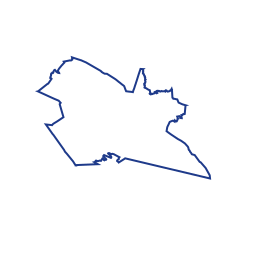 the district of San Luis Amatlán, Oaxaca, Mexico, rotated 120°
{"feature_id": "50627088B42859647725338", "entity_name": "San Luis Amatlán", "entity_type": "district", "adm_level": 2, "iso_a3": "MEX", "parent_name": "Mexico", "parent_adm1": "Oaxaca", "projection": "equal_earth", "projection_center": [-96.504, 16.471], "detail": "fine", "context": "isolated", "style": "outline", "palette": "blue", "viewbox_px": 256, "rotation_deg": 120, "n_neighbors": 0, "source": "geoboundaries", "source_scale": "gbopen_adm2", "svg_char_len": 5460}
<svg xmlns="http://www.w3.org/2000/svg" viewBox="0 0 256 256"><g transform="rotate(120 128 128)"><path d="M81.2,121.3L81.7,121.8L82.0,121.8L82.5,121.6L82.9,120.5L83.1,120.2L83.6,120.6L83.4,121.1L83.2,121.6L83.0,121.9L83.3,122.7L83.6,122.9L84.2,122.5L84.4,122.3L84.6,122.3L85.0,122.7L85.2,122.9L85.6,123.4L86.1,123.6L86.4,123.8L86.5,124.1L86.5,124.4L86.7,124.7L87.1,124.8L87.5,125.0L87.6,126.0L87.5,126.3L87.4,126.4L86.9,126.2L86.5,126.2L86.1,126.4L85.9,126.8L84.8,127.7L84.4,128.0L84.6,129.4L84.6,130.5L84.6,131.1L84.5,131.5L84.5,132.2L84.5,132.5L84.7,132.9L84.7,133.9L84.1,134.0L83.7,134.1L83.1,134.5L83.1,134.8L82.7,135.3L82.4,135.6L82.1,135.6L82.0,135.4L81.6,135.9L81.5,136.1L81.4,136.1L80.8,135.8L80.7,135.7L80.4,135.7L80.2,135.9L80.0,136.0L79.8,136.0L79.7,135.9L79.4,135.9L79.1,136.1L78.9,136.4L78.7,136.4L78.6,136.5L78.3,136.9L78.2,137.1L77.9,137.2L77.6,137.2L77.3,137.1L77.2,137.6L76.8,137.8L76.5,137.9L76.3,138.0L76.2,138.2L75.9,138.2L75.8,138.4L75.6,138.6L75.2,138.8L74.9,139.1L75.1,139.4L74.6,139.8L74.3,140.2L74.2,140.6L73.8,140.8L73.2,141.7L73.4,142.0L73.4,142.3L73.2,142.4L72.8,142.3L72.7,142.3L72.5,142.7L71.9,143.2L71.4,143.1L70.7,143.5L70.4,143.9L70.2,144.4L69.8,144.3L69.7,144.4L69.4,144.3L70.6,146.7L73.6,146.1L76.1,145.6L83.7,143.9L83.9,143.9L84.4,143.8L86.0,143.4L86.7,143.3L89.1,142.8L89.4,142.7L91.4,142.3L92.5,142.2L94.5,141.7L95.0,143.1L96.2,145.8L97.1,148.0L95.7,149.8L95.5,150.0L93.7,152.2L93.5,152.9L93.3,154.8L93.1,156.1L92.8,157.9L92.7,159.0L92.1,162.6L92.1,163.0L92.0,163.8L91.6,173.4L92.6,175.2L92.7,176.5L92.7,176.9L92.7,177.5L92.6,178.0L92.7,178.6L92.6,178.9L92.4,179.2L92.4,179.7L92.2,180.1L92.2,197.1L92.7,201.4L92.7,201.9L92.8,202.5L93.0,203.1L93.1,203.8L93.2,204.3L93.3,204.6L94.7,211.3L94.8,211.8L94.9,211.7L95.0,211.2L95.6,210.9L95.6,211.0L95.8,211.3L95.8,211.9L95.9,211.5L95.8,211.0L95.8,210.8L95.9,210.7L96.2,210.6L96.6,210.5L97.0,210.6L97.8,210.9L98.3,211.6L98.4,212.0L102.6,216.8L102.9,216.2L103.2,215.8L105.1,216.3L105.9,216.4L106.8,216.7L111.2,217.4L113.8,217.4L113.9,217.0L114.0,216.9L114.2,216.6L114.4,216.2L114.4,215.7L114.6,215.3L114.8,215.1L115.2,216.1L115.2,216.7L115.2,217.3L115.1,217.9L115.0,218.5L114.6,219.3L114.2,220.4L114.8,220.8L116.6,220.8L117.2,220.4L117.9,220.5L118.1,221.3L119.0,221.4L119.1,221.5L119.2,221.4L119.5,221.6L119.8,221.6L120.0,221.5L120.2,221.4L120.5,221.2L120.8,221.0L121.0,220.9L121.3,220.8L122.1,220.8L122.4,220.7L122.6,220.6L122.8,220.4L123.1,220.4L123.5,220.4L123.5,219.7L123.5,219.3L123.5,219.1L123.6,218.8L129.5,219.3L130.1,219.8L141.2,224.2L141.3,224.3L140.0,210.5L139.6,206.5L139.0,201.7L139.9,198.9L141.5,199.1L150.9,189.3L157.6,192.6L160.9,194.4L161.9,194.9L163.4,195.2L163.5,195.2L166.0,200.9L170.9,190.3L171.2,189.3L178.9,172.5L179.2,172.0L179.4,171.7L180.0,170.8L180.9,168.0L184.4,158.8L185.6,156.6L186.0,155.8L186.3,154.9L186.6,154.7L186.4,154.3L186.3,154.1L186.0,154.3L174.4,136.0L174.4,140.1L174.2,139.9L174.0,139.6L173.8,139.5L173.4,139.3L173.2,139.2L173.0,139.6L172.8,139.6L172.3,139.5L172.1,139.2L172.0,138.0L171.8,137.8L171.7,137.5L171.5,137.2L170.6,136.4L170.2,136.0L170.2,135.7L170.1,135.3L170.0,135.0L167.2,134.9L167.4,133.9L167.6,133.3L167.7,133.2L167.8,132.8L167.8,132.5L167.7,132.5L167.5,132.3L167.3,132.2L167.1,132.0L167.0,131.8L166.7,131.3L166.4,131.1L166.1,131.1L165.9,131.4L165.7,132.0L165.6,132.4L165.4,133.5L165.3,134.0L165.1,134.3L165.0,134.8L164.7,135.4L163.4,135.2L162.4,127.8L162.1,127.7L161.5,127.9L161.3,128.2L161.0,128.6L160.9,129.0L160.6,130.0L160.3,130.9L160.2,131.9L160.1,132.3L160.0,132.5L159.8,132.5L159.7,132.5L159.2,131.9L159.1,131.4L159.1,130.9L159.1,130.3L159.1,130.1L159.1,129.8L159.0,129.4L158.8,129.3L158.6,129.1L158.1,128.5L158.1,128.2L158.0,127.9L157.8,127.3L157.6,120.9L158.2,121.1L158.5,121.0L158.7,120.9L158.9,120.7L159.3,120.5L159.5,120.4L159.8,120.5L160.1,120.7L160.4,120.9L160.7,121.0L161.0,121.1L161.4,121.1L161.7,121.1L162.0,121.0L162.1,120.8L162.1,120.4L162.2,119.8L162.3,119.2L162.5,118.8L159.1,117.0L156.8,115.8L156.6,115.7L155.7,115.3L130.7,31.7L128.1,33.6L123.8,40.8L121.5,47.5L121.4,47.8L121.4,48.1L121.4,48.4L121.5,48.7L121.5,49.0L118.1,56.7L118.8,59.6L118.0,61.0L117.8,61.5L117.6,62.0L117.5,62.5L117.2,62.8L116.8,63.2L116.6,63.7L116.6,64.2L116.3,64.6L115.9,65.1L115.5,65.3L115.2,65.6L114.9,66.0L114.5,66.4L114.3,66.8L114.1,67.3L112.9,71.0L112.5,75.6L112.6,79.5L112.1,87.0L112.0,88.2L112.0,88.3L111.5,93.0L107.7,94.4L106.6,94.5L105.9,94.6L104.8,94.6L103.2,94.8L101.9,94.9L100.5,93.9L99.1,92.7L99.2,91.5L99.2,91.4L99.2,90.7L98.0,91.1L98.2,90.3L97.7,89.6L97.8,89.2L97.0,89.1L95.5,89.6L95.0,89.3L95.0,89.8L94.3,90.2L94.2,90.2L93.5,91.1L92.1,89.5L93.0,87.3L92.6,86.4L91.8,87.0L91.6,87.3L91.3,87.5L91.0,87.8L90.5,87.9L90.1,88.2L89.6,87.4L89.4,87.5L88.6,87.3L88.2,87.0L87.9,86.7L87.9,86.3L87.8,86.2L87.5,85.9L79.6,89.5L79.5,89.4L80.3,92.8L80.7,96.9L78.6,99.6L78.8,100.2L79.0,100.7L79.1,101.1L79.5,102.4L79.8,102.9L80.0,103.4L79.7,103.8L79.5,104.7L73.0,109.0L72.7,109.1L72.5,109.6L72.3,109.8L72.5,109.8L72.6,109.7L72.7,109.8L72.9,109.8L73.1,109.5L73.9,109.5L74.2,110.1L74.5,110.3L74.9,110.2L75.7,110.8L76.2,111.5L76.5,111.6L76.7,111.9L76.7,112.1L76.6,112.6L76.3,113.3L76.3,113.7L76.4,114.1L76.9,114.3L77.1,114.1L77.3,114.1L77.6,113.9L77.8,113.9L77.8,114.1L77.7,114.4L77.7,114.7L78.0,114.9L78.1,115.0L78.3,115.4L78.5,115.7L78.9,116.3L79.1,116.8L79.1,117.3L79.8,117.9L80.0,117.9L80.2,118.1L80.2,118.9L80.3,119.3L80.6,119.2L80.8,119.4L80.8,120.4L80.9,120.8L81.2,121.3Z" fill="none" stroke="#1e3a8a" stroke-width="2"/></g></svg>